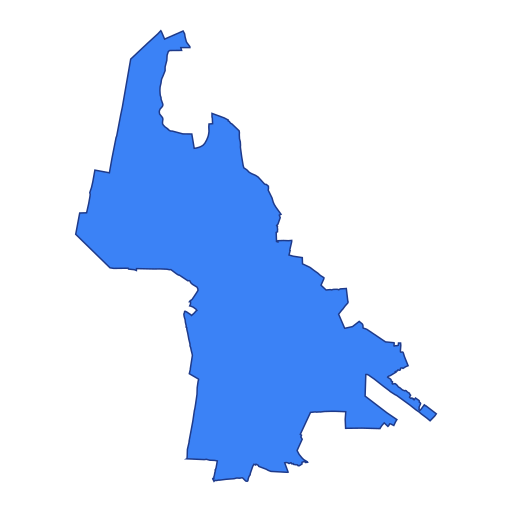 Ion Corvin, Constanta, Romania (Albers equal-area conic projection)
{"feature_id": "2599482B50527625942304", "entity_name": "Ion Corvin", "entity_type": "district", "adm_level": 2, "iso_a3": "ROU", "parent_name": "Romania", "parent_adm1": "Constanta", "projection": "albers", "projection_center": [27.813, 44.131], "detail": "fine", "context": "isolated", "style": "filled", "palette": "blue", "viewbox_px": 512, "rotation_deg": 0, "n_neighbors": 0, "source": "geoboundaries", "source_scale": "gbopen_adm2", "svg_char_len": 6077}
<svg xmlns="http://www.w3.org/2000/svg" viewBox="0 0 512 512"><path d="M110.0,267.8L113.8,268.4L128.1,268.2L128.4,268.9L128.7,269.1L134.3,269.7L136.4,270.5L136.5,268.6L154.4,269.0L159.5,268.9L166.9,269.2L169.4,269.7L170.9,269.6L175.8,273.3L177.5,274.5L178.7,275.1L179.3,275.1L187.9,280.8L189.2,280.6L189.8,281.0L190.1,281.2L190.5,282.4L191.2,283.2L192.4,284.3L197.0,287.1L197.8,288.7L198.0,290.4L196.2,293.3L192.2,299.3L191.3,300.1L190.4,300.5L189.5,301.7L190.5,301.8L190.6,303.2L190.4,304.3L189.7,305.9L191.0,306.2L193.3,307.2L196.0,309.2L196.9,310.4L196.0,311.0L194.4,312.9L191.5,315.5L190.7,314.6L189.0,313.5L186.6,311.9L185.0,311.2L184.6,311.5L184.4,312.8L183.9,313.9L183.9,314.7L184.2,316.7L184.7,318.4L185.1,319.6L185.4,322.4L186.3,326.2L186.0,327.0L186.7,327.6L186.9,329.7L187.7,333.0L188.8,339.1L190.0,344.0L190.0,345.9L190.7,347.7L191.2,350.3L192.1,353.8L192.4,355.4L190.3,368.8L190.4,369.1L189.3,373.7L198.4,379.0L198.6,379.5L198.1,381.4L197.2,387.6L197.0,394.3L195.6,404.0L194.8,408.9L194.4,410.4L192.8,421.3L189.1,441.1L189.3,441.2L187.4,449.4L187.2,456.0L187.0,458.7L186.8,458.8L204.3,459.6L206.4,459.3L209.8,460.2L214.6,460.4L217.3,460.9L216.1,467.7L215.6,469.3L215.3,469.6L215.1,470.1L215.4,470.6L214.8,472.8L214.3,475.6L213.9,476.7L213.8,478.4L212.9,478.4L212.7,478.8L214.0,481.3L214.9,480.3L215.3,480.5L216.7,480.5L218.5,480.1L219.9,480.1L226.0,479.3L234.1,478.7L236.8,478.0L239.6,478.2L241.7,477.8L242.3,477.8L242.8,478.1L245.7,481.0L247.1,481.3L247.6,481.0L247.9,480.7L248.2,478.9L248.8,477.0L249.4,475.8L250.1,474.9L250.4,473.1L252.6,466.7L253.1,465.6L253.9,464.3L255.6,465.0L256.0,464.2L257.2,464.7L258.3,465.4L258.6,466.1L258.8,466.4L266.4,469.3L268.1,470.3L270.9,471.4L287.3,472.3L288.1,472.1L284.7,462.8L286.1,462.5L287.9,462.8L288.9,463.5L289.9,463.3L290.4,462.8L291.0,462.7L291.3,463.0L291.6,463.6L291.9,463.9L293.2,463.6L293.4,464.2L293.9,464.5L294.6,464.5L296.0,464.8L296.2,464.7L297.6,464.9L297.9,465.6L298.8,465.8L299.4,465.7L302.0,464.0L302.0,462.3L304.5,461.4L305.4,462.5L307.6,462.3L307.4,461.8L303.7,459.6L301.8,457.7L299.2,454.5L297.4,451.2L297.1,450.5L302.2,439.2L300.9,437.0L301.5,435.2L300.3,434.3L310.5,412.4L315.3,411.9L316.2,412.1L319.6,411.9L320.3,412.0L324.3,411.5L331.2,411.3L335.2,411.3L345.7,411.7L345.7,412.7L345.2,419.4L345.6,428.3L362.0,428.1L380.0,428.6L380.3,427.9L381.9,425.5L384.2,422.9L387.9,426.4L388.7,425.6L389.7,423.8L390.0,423.8L390.4,423.8L393.8,425.5L395.6,421.7L396.9,419.6L386.9,412.8L365.1,396.1L365.8,374.5L367.0,374.4L368.7,375.1L370.0,376.1L374.2,379.0L383.6,386.4L389.2,390.6L390.3,391.6L395.3,394.8L396.5,395.3L410.1,405.2L415.7,409.7L419.1,412.0L421.4,414.0L426.9,418.1L430.1,420.8L434.6,416.2L436.3,413.8L425.9,405.8L425.5,405.9L425.0,405.7L424.9,405.5L424.9,405.2L424.3,404.8L421.1,409.2L419.9,410.5L419.0,409.6L419.2,408.0L419.0,407.3L420.6,403.7L420.5,403.2L420.2,402.8L419.3,402.2L419.3,400.9L418.9,400.4L415.5,398.0L414.1,399.8L413.2,399.3L413.3,398.7L412.7,398.3L411.7,398.0L411.2,398.4L410.7,398.3L409.6,397.4L409.5,397.1L410.6,395.2L409.6,394.1L409.5,393.3L409.3,393.1L408.1,392.5L406.6,391.3L406.4,390.9L405.5,390.5L404.8,390.8L402.4,389.9L399.7,387.6L398.5,387.1L396.8,384.9L396.1,384.5L395.8,384.0L394.9,383.6L392.6,384.0L392.3,383.8L392.1,383.1L392.6,382.0L392.4,381.6L391.2,381.0L391.1,379.8L390.8,379.4L390.0,378.7L387.8,377.4L387.6,377.2L387.7,376.9L388.6,376.2L390.5,375.5L395.9,372.2L395.4,371.6L397.5,370.8L397.8,370.0L398.1,369.9L399.3,370.2L399.7,370.2L400.3,369.8L400.4,369.6L400.5,368.4L400.8,368.1L402.1,367.9L403.0,368.4L405.7,366.7L408.1,365.7L404.4,356.5L403.4,353.2L403.0,352.3L402.3,352.0L400.9,352.2L400.5,351.9L400.4,350.9L400.8,345.3L400.6,343.0L398.5,343.0L398.3,345.3L397.0,345.7L395.6,345.7L394.3,346.0L394.0,345.9L394.0,345.5L394.2,343.0L394.0,342.7L385.5,341.9L367.1,329.5L365.8,328.9L363.2,328.1L363.0,327.6L363.0,326.0L362.8,325.0L362.5,324.3L362.0,323.7L359.2,321.4L352.5,326.6L345.3,328.2L344.8,328.3L344.6,328.1L338.6,314.2L342.0,309.9L342.5,309.5L345.1,306.0L347.7,303.1L348.0,302.5L348.0,301.3L347.8,301.1L346.3,288.5L340.2,288.9L338.8,289.8L337.8,289.4L336.2,289.3L333.3,289.4L331.5,289.9L330.2,289.6L326.1,290.0L321.1,285.3L321.2,284.8L323.8,278.9L324.0,277.9L323.9,277.7L320.3,275.4L317.8,273.1L313.8,270.3L310.7,267.9L309.6,267.2L302.8,264.0L302.5,263.7L302.3,257.6L293.1,256.2L289.0,255.0L290.1,250.6L289.8,250.5L289.8,249.9L291.4,243.0L291.7,241.6L291.7,240.4L288.6,240.7L283.4,240.5L278.0,240.7L277.9,242.0L276.5,241.5L276.2,232.4L277.5,231.8L277.5,229.9L277.6,229.6L277.3,226.9L277.5,226.5L276.6,225.6L276.8,225.2L277.4,224.9L278.0,224.0L280.2,217.7L279.3,215.1L281.0,214.3L275.9,207.2L274.3,204.6L273.2,202.1L272.0,197.9L268.2,190.2L268.5,188.3L268.4,186.2L266.3,184.4L265.3,184.4L264.3,183.8L258.2,177.1L255.6,175.4L251.5,173.6L249.2,172.3L246.9,169.9L243.8,167.8L243.1,165.2L241.7,156.9L240.5,148.0L240.4,146.9L240.5,145.2L240.3,141.8L239.5,138.8L239.3,134.8L239.4,132.6L239.1,130.8L232.1,124.1L231.4,123.6L230.6,123.3L229.3,121.5L228.1,120.8L228.2,120.0L224.2,117.9L212.0,113.4L212.0,117.1L212.3,117.8L212.6,123.7L209.0,124.0L208.8,126.9L209.0,131.4L208.7,133.6L208.3,135.7L207.8,137.2L206.7,139.9L204.8,143.3L203.1,145.2L201.2,146.4L199.3,147.2L196.1,148.1L194.2,148.3L191.8,134.0L182.9,133.9L172.4,131.1L170.5,131.0L169.0,130.2L167.9,129.2L168.1,129.2L167.7,128.8L165.0,126.9L163.4,125.2L162.6,124.0L162.5,122.2L162.9,119.1L162.5,117.6L159.6,114.0L159.3,112.1L159.3,111.2L160.0,109.2L162.1,106.8L162.6,106.0L162.9,104.9L162.7,103.8L161.1,99.3L161.0,97.5L160.3,95.5L160.1,93.9L159.9,90.2L160.1,86.9L161.0,83.1L161.3,80.7L161.7,78.9L163.2,75.5L165.1,70.7L165.1,66.9L166.8,60.4L167.1,55.2L168.3,51.6L169.5,50.6L170.3,50.5L181.6,50.4L180.8,47.6L189.9,47.6L189.9,46.8L189.7,46.4L186.7,42.4L186.3,41.5L185.1,37.0L184.6,33.8L183.1,31.0L164.6,39.1L161.4,31.6L160.8,30.7L157.9,33.8L147.6,43.2L130.7,59.1L122.3,107.3L120.8,114.4L116.7,136.0L116.1,137.4L112.0,158.1L109.4,172.8L94.9,170.1L92.8,181.8L91.5,187.5L89.8,192.6L90.2,194.5L89.9,196.8L88.7,203.5L86.6,212.8L79.7,213.0L75.7,234.3L110.0,267.8Z" fill="#3b82f6" stroke="#1e3a8a" stroke-width="1.5"/></svg>